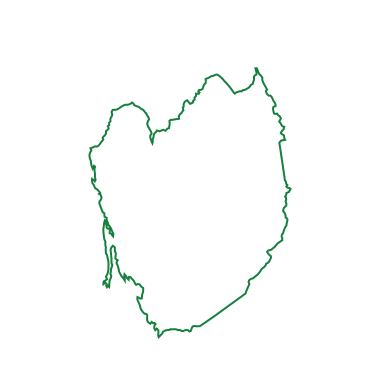 the district of Jaguaribe, Ceará, Brazil, rotated 143°
{"feature_id": "56859067B94931257092232", "entity_name": "Jaguaribe", "entity_type": "district", "adm_level": 2, "iso_a3": "BRA", "parent_name": "Brazil", "parent_adm1": "Ceará", "projection": "orthographic", "projection_center": [-38.68, -5.978], "detail": "fine", "context": "isolated", "style": "outline", "palette": "green", "viewbox_px": 384, "rotation_deg": 143, "n_neighbors": 0, "source": "geoboundaries", "source_scale": "gbopen_adm2", "svg_char_len": 6022}
<svg xmlns="http://www.w3.org/2000/svg" viewBox="0 0 384 384"><g transform="rotate(143 192 192)"><path d="M246.7,288.1L247.4,285.7L249.5,284.9L251.0,283.8L252.1,282.7L253.5,280.0L254.0,277.8L254.9,276.4L256.1,274.1L256.7,272.2L257.2,270.5L254.5,271.9L254.2,270.5L255.8,269.3L256.9,267.9L258.5,265.0L259.6,263.5L260.7,261.9L261.8,259.6L263.2,259.0L263.2,260.5L263.9,262.6L265.1,261.3L266.2,259.0L266.2,256.6L266.7,254.9L267.0,253.1L266.2,251.2L265.9,248.8L265.9,246.4L267.4,246.4L266.7,244.8L267.5,242.1L269.2,240.7L271.3,240.3L272.9,238.7L273.3,236.9L274.1,234.7L274.7,232.3L275.4,229.7L274.8,227.8L275.9,226.2L276.7,224.9L275.7,222.7L276.8,221.4L277.4,219.6L277.9,217.5L278.7,216.0L278.4,214.6L278.5,212.2L279.2,209.6L279.6,207.6L280.1,205.7L281.7,204.1L281.8,205.8L281.7,207.3L282.5,208.8L280.5,211.0L280.4,212.8L281.6,213.9L281.1,215.8L280.1,216.8L280.0,218.3L278.8,220.3L278.8,221.7L280.6,220.3L282.4,218.5L283.9,216.8L285.2,215.8L286.2,214.2L287.3,212.6L288.3,210.9L289.6,208.7L290.7,206.3L290.9,204.7L292.2,203.1L293.4,201.3L294.0,199.7L295.1,198.5L296.3,196.9L297.6,194.9L297.8,192.9L298.4,191.6L299.1,190.0L300.1,187.8L301.1,186.0L302.6,183.9L303.8,182.5L305.2,180.6L307.9,178.1L309.5,177.1L311.7,176.2L312.3,173.5L314.0,173.4L316.0,173.7L317.4,172.9L318.2,171.7L315.8,171.9L315.6,169.8L316.9,168.7L317.2,167.2L315.6,167.9L315.3,166.0L314.1,167.4L313.2,168.6L310.9,171.0L309.4,171.8L308.1,172.5L306.9,173.6L306.4,175.7L304.2,177.8L302.3,179.8L300.6,180.7L299.4,182.0L299.1,183.6L297.9,185.3L296.7,186.8L295.1,189.4L294.1,191.0L292.9,193.0L291.7,195.0L290.0,196.1L287.6,196.7L286.9,194.4L288.2,192.6L289.3,190.9L289.8,188.7L291.6,186.8L293.1,185.2L293.1,183.8L292.4,182.2L293.9,181.6L295.2,180.5L295.5,178.5L296.1,176.7L296.9,174.7L298.1,172.5L298.6,169.7L299.0,167.2L298.8,165.5L298.8,163.6L299.0,161.8L297.4,163.9L296.8,165.5L295.4,166.9L295.3,165.2L295.4,163.6L295.7,162.2L295.4,160.1L294.5,161.1L293.4,162.1L292.3,161.0L292.3,159.3L292.0,157.1L292.1,155.4L292.5,153.3L292.5,151.5L290.9,151.3L289.4,149.6L289.5,148.0L289.3,146.3L288.8,144.6L289.9,143.2L291.2,141.6L292.5,140.8L293.7,140.0L294.8,138.6L296.2,137.2L297.5,137.9L298.1,139.7L298.8,140.9L300.0,139.7L300.5,138.4L301.0,136.5L301.8,132.9L302.5,131.3L303.2,129.8L303.4,127.7L303.5,125.3L303.1,123.3L301.9,122.2L301.9,120.7L303.3,118.7L305.0,116.7L305.4,114.8L305.1,113.4L304.5,111.8L302.4,112.5L302.1,110.7L300.8,110.1L300.6,108.5L302.1,108.1L304.0,106.3L304.5,103.8L302.3,104.1L302.1,101.9L303.1,100.3L305.3,97.8L305.9,96.1L303.1,96.6L301.1,96.8L299.4,97.8L297.6,97.6L296.1,97.3L294.4,96.3L293.1,95.5L291.6,95.3L290.2,94.0L288.7,93.1L287.4,92.0L286.3,90.2L284.5,88.8L283.9,87.2L282.9,86.3L280.8,85.8L279.4,85.2L278.4,83.9L278.0,82.1L276.5,81.8L275.2,82.7L274.0,83.5L272.5,84.2L270.9,83.7L269.3,82.1L267.8,81.0L266.3,80.1L250.2,79.4L210.3,78.7L208.1,80.3L201.7,83.9L200.9,86.2L199.5,87.1L197.4,87.2L195.2,86.3L193.0,86.5L191.1,86.5L189.1,86.6L186.1,87.3L184.5,87.9L183.1,88.5L181.5,88.7L179.9,88.6L177.6,89.0L175.9,90.1L174.4,89.8L172.6,89.9L171.4,90.5L169.7,91.3L168.4,92.1L167.6,93.3L168.0,94.8L168.3,97.0L168.0,99.0L166.6,99.4L165.3,99.0L163.4,98.2L161.2,98.4L159.2,98.3L156.9,98.9L154.8,99.4L152.6,99.3L150.5,99.3L148.9,99.2L147.8,100.6L147.3,102.4L146.1,103.7L144.0,104.4L142.1,105.7L140.0,107.1L138.5,107.9L136.9,108.3L135.2,110.1L133.8,111.1L132.6,112.2L132.0,113.7L132.6,115.3L131.2,117.3L130.6,119.7L130.8,121.7L129.3,123.3L127.5,124.1L124.9,124.4L123.5,126.1L122.9,128.2L121.2,129.5L120.3,130.9L120.4,132.3L118.6,132.9L117.1,134.4L114.8,133.7L113.0,134.4L111.4,135.2L112.0,136.7L113.1,137.9L113.4,139.5L111.6,140.2L111.9,141.6L110.8,143.8L110.7,145.6L109.7,147.3L95.1,174.1L92.7,178.7L91.3,179.2L89.6,179.4L87.8,178.4L86.3,177.6L85.9,179.5L85.0,180.8L84.5,182.1L85.5,184.2L85.6,185.7L83.9,186.4L81.1,187.0L79.1,188.5L80.2,190.2L80.2,191.6L79.9,193.8L80.0,195.8L78.1,196.6L76.7,197.2L76.4,199.7L77.1,202.0L76.8,203.3L78.4,204.2L79.3,205.4L78.4,207.3L77.8,208.7L76.9,210.2L75.6,210.9L73.5,210.3L72.6,211.7L72.2,213.5L72.1,215.8L71.5,218.1L71.2,220.2L71.4,221.8L72.8,222.9L73.1,225.0L72.9,226.5L72.3,228.1L70.4,228.6L70.1,230.5L69.9,232.0L69.6,234.5L69.1,237.2L68.4,239.3L67.1,240.8L66.9,243.5L67.3,245.7L66.9,247.8L66.5,249.3L65.8,251.8L66.9,252.6L68.5,248.7L69.9,247.0L71.4,247.3L73.2,246.8L74.8,244.4L76.4,243.4L78.3,241.8L81.0,242.1L82.2,241.4L84.3,241.2L87.4,241.6L89.0,242.0L90.2,242.8L91.8,242.5L93.0,243.6L95.0,244.3L96.6,244.9L98.7,244.9L98.8,247.5L98.7,249.6L98.7,254.0L98.8,255.7L99.0,258.5L99.4,261.2L99.5,263.9L100.2,267.8L100.6,269.2L101.6,271.0L103.3,271.7L105.0,271.9L107.0,272.9L110.2,273.2L113.0,274.1L114.3,272.2L115.5,270.8L117.7,270.5L119.8,269.2L121.4,268.0L123.5,268.2L124.8,269.2L126.5,268.5L126.2,266.9L127.6,266.4L129.5,268.1L131.3,266.1L133.2,265.9L134.2,264.2L136.1,264.2L137.1,263.0L138.6,263.1L140.4,263.5L140.6,265.8L140.6,268.0L142.1,268.5L143.8,268.3L145.8,267.2L147.2,265.3L148.6,264.9L149.7,262.4L151.4,262.1L152.7,261.4L154.2,261.4L155.8,261.0L157.3,260.1L158.3,258.3L160.3,259.4L162.7,260.7L164.0,261.3L165.5,262.4L167.2,262.4L168.3,260.6L169.2,259.4L170.6,258.2L171.9,256.8L173.4,257.4L176.4,256.9L177.6,259.0L179.2,259.5L181.5,260.0L182.9,262.2L185.0,261.5L186.5,261.4L187.9,260.8L190.2,258.6L192.0,257.5L193.0,255.8L194.3,254.8L193.7,257.4L192.6,260.5L191.3,262.3L189.1,263.0L188.4,264.7L188.1,267.0L187.9,268.5L187.7,270.7L186.9,273.2L184.8,275.0L182.5,275.9L181.7,278.3L181.8,280.6L181.3,282.0L181.5,284.1L181.5,286.9L182.2,288.2L182.7,289.7L183.3,292.1L184.9,294.2L185.9,296.4L185.5,298.0L186.2,299.7L187.7,299.4L189.5,299.8L191.5,300.8L192.6,301.8L194.6,302.3L196.8,302.7L198.7,302.7L200.5,302.7L202.8,303.2L205.9,305.3L208.1,304.3L209.1,301.8L210.8,300.6L212.2,300.2L213.3,299.4L214.6,297.5L216.6,297.1L217.8,295.3L219.5,295.3L219.8,293.9L220.5,292.7L222.3,292.5L224.1,292.3L225.4,290.5L227.6,289.7L229.6,289.5L230.9,288.9L231.2,287.4L232.9,286.8L234.3,286.6L236.2,285.9L238.9,285.2L240.7,285.5L241.7,286.6L243.0,287.1L244.9,287.4L246.7,288.1Z" fill="none" stroke="#15803d" stroke-width="2"/></g></svg>